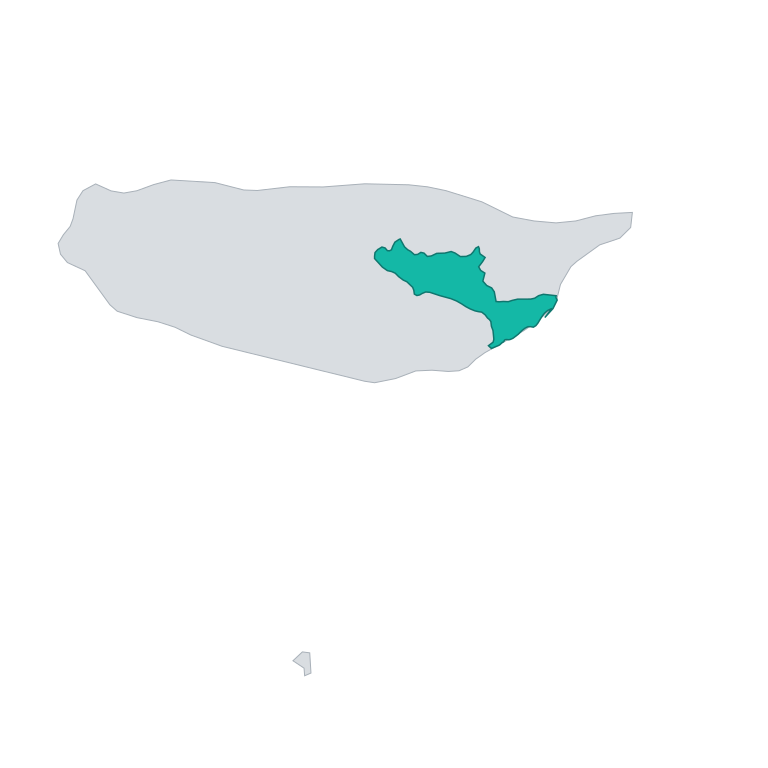 location of Kaohsiung City within Taiwan, rotated 256°
{"feature_id": "TWN-1156", "entity_name": "Kaohsiung City", "entity_type": "Special Municipality", "adm_level": 1, "iso_a3": "TWN", "parent_name": "Taiwan", "parent_adm1": "", "projection": "robinson", "projection_center": [120.587, 22.979], "detail": "fine", "context": "in_parent", "style": "filled", "palette": "teal", "viewbox_px": 768, "rotation_deg": 256, "n_neighbors": 0, "source": "natural_earth", "source_scale": "10m", "svg_char_len": 2526}
<svg xmlns="http://www.w3.org/2000/svg" viewBox="0 0 768 768"><g transform="rotate(256 384 384)"><path d="M514.9,549.3L505.9,569.0L498.7,589.9L495.8,609.6L496.0,630.0L493.9,648.3L490.4,666.5L476.2,661.2L468.5,648.2L466.8,626.9L456.5,601.1L452.7,593.8L437.9,579.3L424.5,572.2L414.1,561.5L415.5,562.4L407.8,548.1L402.0,532.8L390.0,489.5L385.9,479.0L380.3,469.5L378.7,460.0L380.6,449.5L385.8,433.8L389.0,418.0L386.5,396.5L387.5,375.2L391.4,365.8L459.7,236.1L478.2,208.5L489.6,195.0L499.1,179.7L508.2,160.3L519.2,142.7L527.2,137.2L566.2,121.4L578.4,106.2L588.2,101.5L599.2,101.8L606.4,109.0L612.8,117.6L619.5,122.2L636.8,130.6L644.4,138.7L647.9,152.6L637.4,165.9L632.2,177.8L631.3,191.0L633.2,208.8L633.5,226.7L620.3,268.7L606.2,294.8L602.4,307.9L598.2,340.2L589.9,372.7L582.9,413.8L571.3,456.2L564.8,473.9L556.6,490.9L537.1,523.0L514.9,549.3ZM137.5,228.7L143.8,240.0L141.1,246.9L121.2,243.2L120.1,236.4L127.6,237.7L137.5,228.7Z" fill="#d9dde1" stroke="#a8b0b8" stroke-width="1"/><path d="M428.0,572.4L426.6,571.8L425.7,571.8L424.7,572.2L423.5,572.3L416.3,566.2L409.6,556.1L416.7,565.2L415.8,560.8L414.7,558.5L413.7,556.6L410.8,553.0L405.8,548.0L403.9,545.5L403.0,542.7L404.2,540.0L404.8,537.6L404.0,534.2L402.5,530.8L399.8,526.3L397.2,520.3L396.7,517.6L396.7,515.9L397.5,513.7L397.7,512.3L397.4,511.5L396.7,511.0L396.0,510.2L395.7,508.8L394.1,506.0L393.7,504.8L392.5,496.8L395.9,494.6L396.0,494.8L398.2,500.0L400.8,501.4L409.5,502.7L414.1,502.2L418.7,502.8L421.0,501.9L423.0,500.4L426.6,498.9L430.1,496.2L431.4,493.0L433.0,489.9L436.0,485.8L439.4,482.0L442.9,478.8L447.0,474.5L450.6,469.6L456.2,459.6L461.9,450.6L463.2,446.7L462.6,442.8L461.8,440.2L461.9,437.3L463.9,435.2L467.7,435.6L470.9,435.2L477.7,430.9L480.2,427.8L484.6,424.2L488.8,421.7L491.2,418.7L493.2,414.7L497.8,410.7L508.0,405.2L510.4,405.8L513.7,407.1L516.0,410.5L516.3,411.7L517.4,415.1L515.7,418.0L512.6,419.5L511.9,421.4L512.4,423.7L515.5,425.8L519.0,428.9L520.6,433.4L520.8,434.8L512.1,437.1L508.5,439.5L506.4,441.8L502.1,444.8L501.6,448.1L502.8,451.6L501.3,454.5L497.3,456.9L496.8,460.9L498.0,466.8L496.3,474.6L496.3,481.2L493.9,484.6L489.2,488.9L487.9,494.7L488.6,499.5L490.3,502.2L493.7,506.0L494.4,508.9L492.3,509.2L492.2,509.2L489.3,508.6L487.0,508.7L482.3,512.7L479.0,509.4L474.8,504.2L470.8,505.3L467.2,508.7L459.9,504.8L454.7,507.5L451.2,511.7L446.8,513.3L436.9,512.7L435.9,515.6L435.2,519.8L433.8,524.5L434.1,528.6L434.0,534.2L430.9,546.8L430.8,551.0L432.3,555.4L432.5,560.3L428.0,572.4Z" fill="#14b8a6" stroke="#0f766e" stroke-width="1.5"/></g></svg>